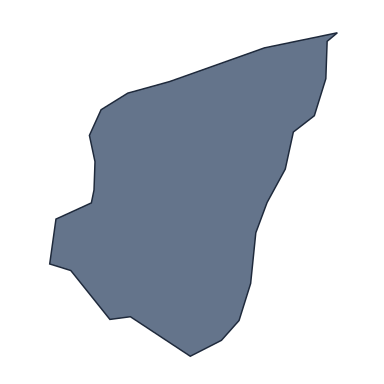 Seo-gu [West District], South Jeolla, South Korea, rotated 182°
{"feature_id": "91817680B87996420220515", "entity_name": "Seo-gu [West District]", "entity_type": "district", "adm_level": 2, "iso_a3": "KOR", "parent_name": "South Korea", "parent_adm1": "South Jeolla", "projection": "orthographic", "projection_center": [126.854, 35.133], "detail": "fine", "context": "isolated", "style": "filled", "palette": "slate", "viewbox_px": 384, "rotation_deg": 182, "n_neighbors": 0, "source": "geoboundaries", "source_scale": "gbopen_adm2", "svg_char_len": 471}
<svg xmlns="http://www.w3.org/2000/svg" viewBox="0 0 384 384"><g transform="rotate(182 192 192)"><path d="M52.3,356.2L124.6,338.6L218.2,301.6L259.6,288.6L285.7,271.1L296.5,245.0L290.0,218.9L290.0,190.6L292.2,177.6L327.0,160.2L331.7,115.1L310.4,109.3L269.6,61.8L249.2,65.2L188.0,27.8L157.4,44.8L140.5,65.2L130.2,102.6L126.8,153.5L116.6,184.1L99.6,218.1L92.8,255.5L72.4,272.5L62.2,309.9L62.2,347.3L52.3,356.2Z" fill="#64748b" stroke="#1e293b" stroke-width="1.5"/></g></svg>